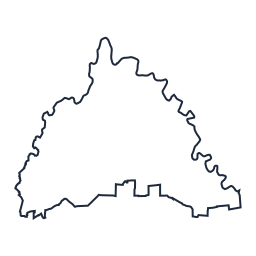 Mesuji, Lampung, Indonesia (Robinson projection)
{"feature_id": "22746128B5734020897269", "entity_name": "Mesuji", "entity_type": "district", "adm_level": 2, "iso_a3": "IDN", "parent_name": "Indonesia", "parent_adm1": "Lampung", "projection": "robinson", "projection_center": [105.324, -3.974], "detail": "fine", "context": "isolated", "style": "outline", "palette": "slate", "viewbox_px": 256, "rotation_deg": 0, "n_neighbors": 0, "source": "geoboundaries", "source_scale": "gbopen_adm2", "svg_char_len": 5700}
<svg xmlns="http://www.w3.org/2000/svg" viewBox="0 0 256 256"><path d="M239.2,190.5L238.3,191.1L237.2,191.4L235.5,190.3L234.8,189.0L233.3,187.2L231.7,186.0L231.0,186.0L228.7,187.2L228.0,187.8L226.7,188.5L224.9,189.1L222.9,187.9L222.3,186.9L221.5,184.2L221.5,183.6L221.7,182.8L222.1,181.8L224.4,179.7L225.2,178.6L225.6,177.9L225.8,177.0L225.8,176.5L225.0,175.8L222.4,175.1L220.0,175.3L219.1,175.0L218.2,174.0L217.9,173.1L217.3,172.4L217.2,172.1L217.1,170.9L217.4,167.9L217.3,166.1L216.4,165.7L215.8,165.7L215.1,165.9L214.4,166.7L214.0,168.6L213.2,170.1L212.2,171.0L210.6,171.9L209.1,171.5L207.8,170.3L207.3,169.3L206.7,168.5L206.1,166.8L205.4,163.9L205.8,161.4L210.0,159.6L211.0,158.4L211.1,157.3L210.4,155.9L209.7,154.8L208.7,154.8L207.0,155.2L204.6,156.3L203.3,156.2L200.3,153.6L199.3,153.0L198.6,153.1L197.6,153.9L197.5,155.6L197.5,157.8L197.0,159.0L196.3,159.5L195.5,159.7L194.0,159.7L192.6,158.5L192.2,157.4L192.2,156.7L192.0,156.1L191.9,155.6L192.0,154.8L193.4,151.4L194.6,147.4L195.3,146.2L196.6,144.9L199.6,141.2L200.2,139.5L199.1,137.3L197.0,134.3L195.3,131.2L194.7,129.6L194.4,128.1L194.4,126.5L193.2,125.4L190.4,124.0L189.8,123.9L188.3,122.8L188.0,121.7L187.3,120.7L187.2,119.7L187.5,119.0L194.2,117.6L194.3,116.8L194.1,116.0L193.6,115.2L190.4,111.0L189.2,111.2L186.3,115.5L184.2,115.1L182.7,114.2L181.0,112.9L178.7,111.8L178.5,111.4L178.5,110.8L179.9,107.9L181.2,104.6L182.1,102.1L182.1,101.8L181.6,101.2L177.9,99.4L176.7,98.6L176.3,98.0L175.3,96.4L174.0,94.8L171.6,96.7L170.8,98.9L169.2,100.6L167.8,100.2L167.6,99.9L167.0,99.7L166.6,99.3L166.0,98.7L163.6,94.4L163.0,93.3L162.7,92.6L162.6,91.4L162.7,90.7L164.4,88.0L166.6,83.8L167.0,82.7L167.1,82.0L166.9,80.9L166.3,79.9L165.7,79.5L165.3,79.4L164.6,79.6L162.8,80.4L163.0,80.2L160.3,80.6L159.4,80.4L157.7,80.5L156.9,80.3L156.2,80.0L155.2,79.3L154.5,78.2L154.1,77.2L153.6,74.7L153.3,74.0L153.1,73.6L152.3,73.2L151.1,73.5L147.8,75.4L145.7,75.6L142.2,75.2L140.8,75.4L138.5,75.4L137.9,75.1L137.1,74.8L136.6,74.3L136.4,73.7L136.4,72.5L137.1,70.5L137.5,68.9L137.7,65.2L138.0,63.5L138.4,62.2L138.3,60.7L137.8,59.9L137.2,59.4L133.5,57.7L130.9,57.1L128.1,57.6L123.7,57.9L121.7,58.8L119.8,60.8L118.7,62.2L117.8,63.1L116.9,63.3L116.7,64.0L115.9,64.6L114.6,64.7L113.7,64.3L113.2,64.0L112.4,62.7L111.4,59.2L111.2,56.7L111.8,49.5L111.3,47.3L110.6,46.0L108.4,40.3L107.8,39.4L106.5,38.1L106.0,37.8L105.5,37.8L104.3,38.1L102.7,38.9L101.5,39.6L100.9,40.7L99.9,45.1L99.0,48.2L98.7,48.7L97.7,49.7L97.5,50.5L97.5,51.8L97.7,53.4L97.8,56.4L97.6,58.1L96.4,62.2L95.7,63.2L94.1,63.9L93.5,63.9L91.3,63.0L91.0,63.3L90.7,63.3L89.9,64.1L89.8,64.6L89.7,65.7L89.9,67.3L89.7,70.9L89.5,72.5L89.1,73.6L89.1,75.1L89.2,75.9L89.6,76.6L91.6,78.0L92.1,78.5L92.5,79.1L92.7,80.0L92.6,81.8L92.2,83.1L90.2,86.1L88.5,90.3L87.9,92.6L87.2,93.7L86.3,94.5L84.0,95.5L83.5,95.8L82.9,96.8L82.2,98.5L80.2,101.9L77.0,103.6L76.3,103.7L76.1,103.6L74.6,102.4L74.0,99.0L73.3,98.0L72.6,97.6L71.4,97.6L70.0,98.6L69.0,99.1L68.6,99.1L66.7,98.3L64.8,97.9L63.9,98.5L62.2,100.0L60.8,100.9L56.8,102.7L56.5,103.1L53.5,107.4L53.7,108.9L54.2,109.8L54.3,110.9L54.2,111.3L52.8,113.9L52.0,114.9L49.2,115.3L48.4,114.4L48.1,113.1L47.9,112.8L47.6,112.6L47.3,111.9L43.8,113.7L42.5,117.3L42.8,119.3L43.0,119.8L44.9,120.7L44.9,121.4L45.2,122.4L44.7,127.5L42.4,129.2L42.1,129.5L42.1,131.3L42.6,132.9L41.5,135.1L40.0,137.6L37.8,136.4L36.4,136.6L35.7,137.5L35.4,140.0L34.3,140.2L33.3,143.1L33.2,143.7L33.1,144.0L33.0,145.8L33.1,146.0L32.9,146.3L34.1,148.2L34.3,148.2L34.4,147.7L35.2,147.4L35.4,147.4L35.9,147.7L36.4,148.4L36.9,148.7L37.2,149.2L38.0,149.9L37.8,150.1L38.5,151.6L37.6,154.9L36.3,155.8L35.7,155.5L35.3,155.4L34.9,155.6L34.2,154.5L32.3,153.7L30.8,153.5L30.3,153.7L30.2,154.0L29.8,154.2L29.9,154.5L29.0,155.5L28.4,156.5L28.5,160.5L26.8,161.0L26.0,162.2L25.7,163.0L26.0,163.1L26.0,163.7L25.7,164.0L25.8,164.5L25.6,164.8L25.3,164.5L25.2,165.3L24.7,165.9L24.5,167.4L24.1,167.7L24.3,168.2L19.2,172.9L19.3,173.5L19.8,174.5L19.8,174.8L19.2,176.0L19.4,176.1L19.5,176.4L19.8,176.8L19.9,177.7L19.6,178.0L20.1,178.4L20.0,178.9L20.2,179.4L20.3,180.3L20.2,180.6L20.4,180.8L20.0,181.3L19.7,182.1L19.4,182.7L19.4,183.1L19.2,183.2L18.9,183.0L18.0,183.7L17.5,184.2L17.6,184.4L17.4,184.7L17.1,184.7L16.4,185.5L16.3,185.9L16.0,186.3L15.8,186.9L15.9,187.2L15.5,187.6L15.4,188.4L17.0,189.6L19.3,191.9L18.8,192.2L19.9,194.1L18.8,195.0L21.3,197.3L22.8,200.6L22.0,203.9L19.9,211.7L20.5,212.2L20.7,215.4L21.4,216.0L24.4,216.0L25.1,216.7L26.8,216.8L26.8,214.8L27.3,214.9L27.3,212.8L30.0,211.6L32.1,211.2L34.8,210.9L34.7,212.4L33.7,212.4L33.7,218.2L38.2,215.2L38.6,215.5L41.1,213.6L42.3,216.6L43.0,217.6L43.8,218.2L45.3,217.7L44.8,216.2L45.3,210.1L46.4,210.1L49.2,209.0L51.0,208.7L54.6,206.1L56.8,205.1L58.8,205.0L59.0,204.2L60.5,203.1L61.7,200.8L63.1,200.0L63.6,199.3L64.0,199.3L64.5,198.8L66.3,198.9L69.0,201.5L72.7,204.3L74.4,206.3L75.0,206.8L76.3,206.3L78.3,206.1L87.9,205.7L97.7,196.1L98.8,194.8L100.8,195.2L113.0,195.5L115.6,196.1L115.9,184.2L117.1,184.4L122.8,184.9L123.0,183.9L124.4,181.9L124.9,181.3L125.4,181.2L125.8,181.5L126.5,182.4L126.9,182.6L127.4,182.5L127.5,180.6L129.8,180.6L131.4,180.4L134.9,180.4L135.1,183.2L135.0,186.3L135.0,188.1L134.5,189.3L134.4,195.7L138.4,195.7L138.5,196.1L145.6,196.0L145.9,195.5L147.1,195.2L148.4,195.1L148.6,194.8L148.5,186.0L155.5,185.3L160.1,184.7L160.1,195.7L167.2,195.6L168.7,197.2L171.8,198.0L172.8,198.9L172.8,198.2L179.6,202.2L182.1,203.4L182.6,204.4L184.7,205.1L186.3,205.9L190.1,206.5L191.0,207.0L192.6,209.3L192.7,216.4L196.3,217.0L197.5,217.0L198.5,215.1L207.6,215.8L207.7,210.6L208.0,209.2L208.0,208.1L212.5,207.8L216.8,207.0L216.8,206.4L228.6,205.3L229.1,209.5L240.6,207.4L239.7,195.5L239.4,194.4L238.7,193.2L239.2,190.5Z" fill="none" stroke="#1e293b" stroke-width="2"/></svg>